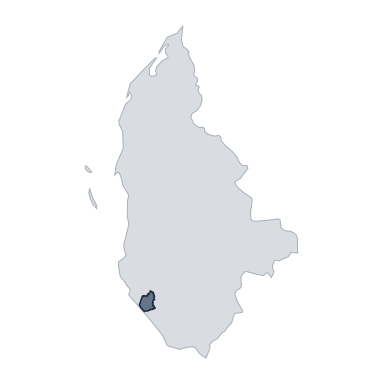 location of Quimistan, Santa Bárbara, Honduras, rotated 272°
{"feature_id": "27666195B58138028057911", "entity_name": "Quimistan", "entity_type": "district", "adm_level": 2, "iso_a3": "HND", "parent_name": "Honduras", "parent_adm1": "Santa Bárbara", "projection": "robinson", "projection_center": [-88.275, 15.416], "detail": "fine", "context": "in_parent", "style": "filled", "palette": "slate", "viewbox_px": 384, "rotation_deg": 272, "n_neighbors": 0, "source": "geoboundaries", "source_scale": "gbopen_adm2", "svg_char_len": 4925}
<svg xmlns="http://www.w3.org/2000/svg" viewBox="0 0 384 384"><g transform="rotate(272 192 192)"><path d="M357.3,177.0L343.6,176.1L337.1,178.0L334.3,182.2L331.9,184.1L329.8,183.7L325.7,185.3L319.5,189.1L314.0,190.5L309.0,189.6L307.5,190.5L307.1,191.8L306.4,193.0L304.5,193.6L302.2,193.3L299.7,191.9L298.4,192.5L298.3,195.0L296.9,195.6L294.4,194.5L291.5,195.3L288.3,198.3L283.9,198.9L278.1,197.2L273.6,194.0L270.4,189.3L266.6,188.2L260.0,191.6L257.2,195.7L256.6,198.2L257.3,200.5L256.1,202.0L253.0,202.7L250.6,205.5L249.0,210.3L248.7,214.0L249.7,216.6L248.2,218.5L244.1,219.7L239.4,223.8L233.9,230.9L228.4,235.8L223.0,238.5L220.3,241.6L220.5,245.0L220.2,246.1L219.2,246.5L217.4,247.0L206.9,239.6L203.8,234.4L201.2,235.2L197.9,237.8L193.3,243.6L188.3,251.5L185.9,252.4L173.5,251.2L166.9,251.9L165.5,252.9L164.9,255.8L165.3,259.7L167.1,273.6L168.2,279.3L167.2,281.1L163.8,281.4L159.5,282.2L157.1,284.8L156.5,287.5L156.3,291.2L154.9,295.1L152.2,297.9L149.6,298.9L134.7,299.7L135.0,293.2L130.7,290.6L128.3,285.3L126.1,281.7L126.8,279.5L126.6,276.9L120.6,274.9L114.9,276.5L111.7,275.5L109.3,274.1L113.4,270.9L113.7,269.0L112.3,267.6L111.0,266.6L111.4,263.0L112.2,258.8L114.5,248.9L113.7,247.2L109.9,244.2L105.1,243.9L99.8,244.8L97.3,243.3L95.0,239.9L91.3,238.3L84.6,241.0L77.6,245.1L75.4,246.6L73.6,246.4L72.8,243.3L72.4,239.7L72.0,238.8L68.2,237.5L63.8,236.5L61.6,235.5L59.5,233.1L54.2,229.9L53.0,227.5L46.0,222.1L44.6,219.4L43.0,217.4L39.6,214.9L37.0,215.5L28.0,212.4L26.7,212.1L27.9,209.4L30.7,205.2L36.9,200.5L37.4,196.7L35.8,189.4L34.2,184.7L35.1,182.6L37.0,174.1L38.5,172.2L47.3,167.9L48.1,167.3L55.1,161.3L62.9,154.6L70.9,147.3L79.9,139.0L84.9,134.2L87.2,132.2L92.3,133.9L96.4,130.0L98.8,128.7L104.3,124.0L106.0,123.0L115.2,121.1L119.6,121.1L123.5,125.9L126.6,128.4L132.4,126.2L137.3,125.7L157.5,130.1L165.4,128.2L180.1,127.8L186.7,128.9L196.1,122.6L202.1,121.4L209.1,118.5L208.1,115.5L206.4,114.2L217.2,115.5L233.2,121.8L250.2,120.6L256.3,117.2L260.3,116.3L277.7,122.7L282.4,127.7L285.9,128.2L288.7,127.1L289.5,126.0L286.0,125.0L284.5,123.4L298.2,126.5L324.2,150.0L324.8,151.9L313.7,144.9L307.8,145.4L306.3,146.6L306.7,150.4L307.2,152.1L309.7,152.3L311.6,151.3L316.1,152.6L319.2,155.1L322.9,158.9L325.1,163.1L327.5,163.2L329.8,160.7L334.2,160.4L337.1,163.2L339.1,163.0L336.2,158.7L329.5,154.3L331.1,154.1L345.9,161.9L350.2,171.8L353.7,174.0L357.3,177.0ZM183.3,92.6L174.8,97.4L172.1,97.3L176.0,93.6L182.3,90.4L187.6,88.9L192.0,89.6L183.3,92.6ZM212.5,87.5L208.4,91.1L207.7,89.5L209.6,86.2L212.1,84.3L214.4,84.5L213.9,85.9L212.5,87.5Z" fill="#d9dde1" stroke="#a8b0b8" stroke-width="1"/><path d="M77.4,143.3L74.1,145.3L73.3,146.1L72.7,146.7L70.9,148.5L71.5,149.4L71.5,151.0L71.5,151.6L72.3,153.6L72.5,153.7L72.6,153.8L72.8,154.1L73.0,154.1L73.1,154.3L73.1,154.5L73.1,154.8L73.0,155.0L73.2,155.3L73.3,155.6L73.2,155.8L73.2,156.0L73.5,156.2L73.4,156.7L73.5,156.7L73.8,156.8L73.8,157.0L73.9,157.4L73.8,157.7L73.8,157.8L74.0,158.1L74.2,158.3L74.3,158.3L74.4,158.6L74.5,158.7L74.6,158.8L74.6,159.0L74.8,159.0L74.7,159.1L74.8,159.2L75.0,158.9L75.1,158.7L75.3,158.6L75.3,158.4L75.5,158.4L75.8,158.3L75.9,158.2L76.0,158.2L75.9,158.1L75.9,157.9L76.0,157.7L76.3,157.6L76.5,157.6L76.7,157.4L76.8,157.2L77.0,156.9L77.0,156.7L77.4,156.6L77.5,156.5L77.8,156.7L77.9,156.9L78.0,157.0L78.2,156.9L78.4,156.8L78.5,156.8L78.6,156.7L78.8,156.7L79.1,156.5L79.2,156.4L79.3,156.4L79.3,156.5L79.5,156.8L79.8,157.0L80.0,157.1L80.3,156.8L80.3,156.7L80.5,156.7L80.5,156.8L80.8,156.7L81.1,156.6L81.4,156.6L81.7,156.6L81.8,156.6L82.0,156.8L82.1,157.0L82.4,157.0L82.6,157.1L82.7,157.3L82.9,157.6L82.9,157.8L82.9,158.0L83.0,158.2L83.1,158.3L83.2,158.2L83.3,158.1L83.6,158.0L83.8,158.0L84.0,158.0L84.3,158.0L84.6,158.0L84.8,157.9L85.2,157.6L85.4,157.6L85.5,157.7L85.6,157.8L85.6,158.1L85.8,158.2L86.0,158.1L86.0,157.9L86.3,157.9L87.0,158.0L87.4,158.0L87.6,157.9L87.8,157.6L87.9,157.4L87.9,157.1L88.0,157.0L88.3,157.1L88.5,157.1L88.7,156.8L88.8,156.8L89.1,156.8L89.2,157.0L89.4,157.0L89.5,157.1L89.8,157.1L89.9,156.9L89.7,156.9L89.7,156.7L89.8,156.7L90.0,156.6L90.3,156.7L90.5,156.6L90.5,156.4L90.5,156.2L90.6,155.9L90.8,155.7L90.7,155.3L90.7,155.1L90.8,155.0L91.0,155.0L91.1,154.9L91.2,154.7L91.4,154.6L91.4,154.4L91.5,154.1L91.6,153.9L91.5,153.6L91.4,153.6L91.2,153.7L91.0,153.8L90.9,153.8L90.7,153.9L90.4,153.7L90.2,153.5L90.1,153.4L89.9,153.2L89.7,153.1L89.4,153.0L89.4,152.9L89.3,152.7L89.2,152.7L89.2,152.4L89.0,152.1L88.9,152.1L88.8,151.9L88.7,152.0L88.7,151.9L88.4,151.9L88.2,151.7L87.9,151.5L87.7,151.5L87.6,151.4L87.3,151.4L87.2,151.4L87.1,151.2L86.9,151.2L87.0,151.1L86.9,151.1L86.9,150.9L86.8,150.7L86.7,150.6L86.7,150.4L86.6,150.2L86.4,150.1L86.5,149.9L86.5,149.7L86.4,149.5L86.4,149.4L86.5,149.2L86.6,148.9L86.6,148.7L86.6,148.3L86.6,148.2L86.4,148.0L86.5,147.9L86.4,147.8L86.5,147.7L86.5,147.4L86.6,147.2L86.5,146.9L86.4,146.9L86.5,146.7L86.4,146.6L86.4,146.4L86.2,146.1L77.4,143.3Z" fill="#64748b" stroke="#1e293b" stroke-width="1.5"/></g></svg>